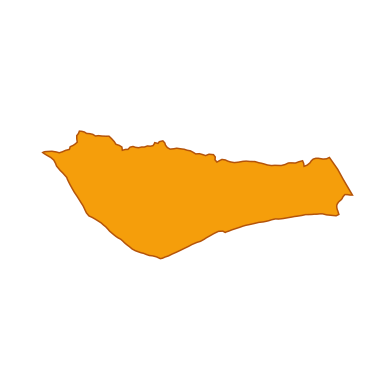 outline of Awendo, Nyanza, Kenya, rotated 287°
{"feature_id": "3690345B13715496647196", "entity_name": "Awendo", "entity_type": "district", "adm_level": 2, "iso_a3": "KEN", "parent_name": "Kenya", "parent_adm1": "Nyanza", "projection": "natural_earth1", "projection_center": [34.547, -0.872], "detail": "fine", "context": "isolated", "style": "filled", "palette": "amber", "viewbox_px": 384, "rotation_deg": 287, "n_neighbors": 0, "source": "geoboundaries", "source_scale": "gbopen_adm2", "svg_char_len": 2961}
<svg xmlns="http://www.w3.org/2000/svg" viewBox="0 0 384 384"><g transform="rotate(287 192 192)"><path d="M265.2,313.3L263.1,311.0L261.8,307.7L261.2,303.1L260.4,300.5L258.9,298.3L256.8,297.0L254.4,296.3L251.4,294.3L249.3,291.7L252.0,290.4L254.2,288.6L252.2,285.4L249.9,282.4L249.2,279.6L248.6,277.5L248.1,276.1L247.7,275.4L245.5,273.0L243.4,269.6L242.5,266.3L241.7,263.3L240.5,260.3L239.9,256.2L239.9,252.6L239.8,250.0L239.5,247.3L239.5,243.3L238.1,238.3L237.4,234.9L236.2,231.7L234.1,227.7L232.5,223.9L232.0,220.1L232.0,217.2L232.4,214.5L231.9,211.1L230.0,209.1L227.9,207.1L229.5,204.6L232.3,204.0L234.0,201.6L233.7,200.2L233.1,197.2L230.8,194.4L230.9,190.9L230.8,187.9L229.5,184.4L230.2,181.9L230.9,178.4L230.5,175.0L230.6,172.1L230.0,168.6L229.4,164.6L228.0,161.9L226.6,158.5L227.3,155.4L229.0,153.0L231.0,151.6L232.4,149.2L231.1,146.9L230.5,146.0L228.5,145.3L228.3,141.9L226.9,141.8L224.9,141.1L223.6,138.8L223.0,135.9L221.0,133.2L220.4,130.9L218.7,127.9L218.2,124.8L218.3,122.3L216.8,119.7L214.0,118.3L213.2,115.8L211.5,113.2L214.5,111.8L215.3,108.9L215.4,105.3L217.4,103.0L219.5,99.5L221.1,96.3L220.2,93.5L219.2,89.6L218.5,85.9L217.3,83.3L218.1,80.3L217.9,77.2L217.2,74.0L217.9,71.6L217.8,68.9L217.3,66.5L214.8,66.3L212.2,65.3L209.3,66.2L206.1,67.7L203.8,66.3L201.8,64.7L199.7,62.3L196.9,62.3L194.9,59.0L192.5,56.2L190.7,53.6L190.6,50.4L190.0,46.1L188.6,42.2L187.6,39.6L186.9,38.5L186.1,37.7L185.8,38.5L185.5,39.4L184.7,42.4L183.7,46.9L182.1,50.5L179.5,53.1L177.2,54.9L175.3,57.8L174.7,58.7L174.0,59.8L172.4,62.9L170.5,66.0L169.3,68.0L168.1,68.8L166.0,70.7L163.3,73.3L160.2,76.5L157.4,79.5L154.0,83.7L151.5,86.6L149.2,89.2L147.1,91.7L145.3,93.4L143.8,94.7L141.2,97.1L139.0,100.4L138.5,104.1L137.7,107.6L136.7,111.3L135.9,114.2L134.6,116.9L133.5,119.7L131.8,122.6L130.5,124.6L129.4,127.1L128.2,129.9L127.3,132.2L126.5,134.8L126.0,137.6L124.9,140.1L123.8,142.1L123.0,143.9L122.2,145.9L121.9,146.8L121.4,148.2L120.0,151.4L119.3,154.9L119.1,158.3L119.0,161.1L119.1,162.6L119.2,163.5L118.9,166.6L118.8,169.8L119.4,172.8L119.6,177.0L119.0,181.2L120.1,183.2L121.9,185.2L124.0,188.2L126.9,191.2L129.8,194.6L132.8,197.9L135.9,201.2L139.0,204.6L141.8,207.3L145.3,211.5L147.3,214.5L150.3,217.4L152.5,219.2L155.3,221.9L158.6,225.0L162.1,228.8L163.6,232.9L163.0,235.6L163.9,236.5L164.8,237.8L165.6,238.9L167.4,241.1L169.3,243.8L172.3,248.1L174.2,250.6L175.9,253.2L177.5,256.2L180.4,261.3L182.5,264.8L184.2,268.8L185.7,271.6L187.0,273.8L188.7,276.2L190.7,279.7L191.4,282.6L193.2,286.8L195.5,291.3L197.2,294.7L198.5,297.1L199.6,299.6L201.8,304.1L203.6,307.2L204.2,309.2L205.5,313.0L206.4,315.1L207.4,318.1L208.5,320.7L209.3,323.3L209.5,327.4L210.2,330.8L210.7,333.4L211.4,336.8L213.5,339.0L216.6,336.9L217.4,336.2L218.9,335.3L220.2,334.7L221.8,334.3L222.9,334.4L225.1,335.0L226.0,335.5L228.4,337.0L229.4,337.4L231.6,337.8L234.2,338.9L234.9,341.3L235.3,344.1L236.0,346.3L248.3,332.9L256.3,324.7L265.2,313.3Z" fill="#f59e0b" stroke="#b45309" stroke-width="1.5"/></g></svg>